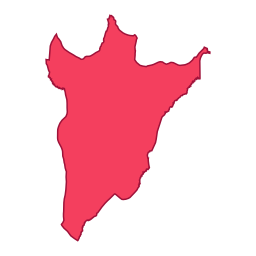 Nong Ki, Buri Ram, Thailand
{"feature_id": "78962969B963450613013", "entity_name": "Nong Ki", "entity_type": "district", "adm_level": 2, "iso_a3": "THA", "parent_name": "Thailand", "parent_adm1": "Buri Ram", "projection": "equal_earth", "projection_center": [102.596, 14.712], "detail": "fine", "context": "isolated", "style": "filled", "palette": "rose", "viewbox_px": 256, "rotation_deg": 0, "n_neighbors": 0, "source": "geoboundaries", "source_scale": "gbopen_adm2", "svg_char_len": 5588}
<svg xmlns="http://www.w3.org/2000/svg" viewBox="0 0 256 256"><path d="M56.4,34.2L54.7,36.4L53.6,38.7L51.5,42.5L50.3,46.0L49.2,59.9L48.7,59.7L47.3,59.8L46.1,59.5L46.3,63.7L47.3,65.3L48.6,70.3L49.1,71.4L49.6,72.0L49.1,74.7L48.4,76.0L48.5,76.9L49.1,76.9L49.4,77.5L49.9,77.4L50.2,77.6L50.1,78.3L50.6,78.8L50.6,79.5L51.2,79.3L51.0,79.9L51.3,80.0L51.5,80.6L52.0,80.9L51.9,81.4L52.0,81.6L52.6,81.8L52.6,83.3L52.8,83.4L53.0,83.1L53.3,84.5L53.5,84.6L53.5,84.1L53.7,83.9L53.9,84.3L54.4,84.4L54.2,84.9L54.8,85.4L55.5,86.5L56.3,86.9L57.0,86.4L57.5,86.4L57.6,86.5L57.5,87.3L57.6,87.5L58.3,87.7L58.7,88.1L59.5,87.6L59.6,87.8L59.5,88.3L60.1,88.2L60.4,88.7L61.8,88.5L62.1,88.6L62.2,89.4L62.4,89.3L62.3,88.8L62.7,88.7L62.9,88.1L63.9,88.4L64.1,89.2L64.5,88.9L64.6,89.1L64.5,89.5L65.2,92.0L65.6,94.7L66.9,99.8L67.1,103.2L67.1,107.8L67.3,111.9L67.0,113.9L65.9,116.6L62.0,120.3L60.1,123.0L59.4,124.5L58.4,127.1L57.8,129.3L57.7,130.8L57.6,138.1L57.8,139.9L58.7,142.4L61.4,147.5L62.3,150.0L62.6,151.6L62.8,156.1L63.7,159.1L64.2,162.6L64.7,164.3L65.2,167.9L66.0,170.6L66.4,171.5L66.1,177.0L66.4,181.8L65.9,189.6L65.2,195.0L64.3,198.9L63.9,202.6L63.7,211.3L63.5,213.7L63.5,216.5L63.9,220.3L62.8,222.7L61.4,224.4L61.9,225.5L64.0,228.2L67.5,231.3L70.8,235.8L74.4,238.5L77.7,240.6L77.9,240.3L78.3,239.9L78.5,239.2L79.2,237.9L79.4,236.7L80.1,236.2L80.1,235.7L80.6,235.0L80.6,234.5L81.0,234.3L80.9,233.8L81.1,232.8L81.1,232.5L81.4,232.3L81.3,231.9L82.6,230.8L82.4,230.3L82.5,229.8L82.3,228.7L82.4,228.4L82.3,227.6L82.6,226.5L83.0,226.6L82.9,226.0L83.3,225.4L84.0,225.2L84.5,222.7L85.0,222.7L85.1,221.9L86.6,220.4L86.9,220.4L87.3,220.1L88.0,220.5L88.5,220.1L88.8,220.4L89.6,220.0L89.9,220.0L90.3,219.2L91.4,219.0L92.2,218.0L92.4,217.8L92.6,217.9L94.3,216.4L94.7,216.4L96.4,215.6L96.7,214.6L96.7,213.3L97.7,212.8L101.8,207.1L104.8,203.5L107.6,200.6L109.6,198.8L114.1,194.3L114.9,193.9L116.0,194.6L120.4,198.3L121.8,199.3L123.2,199.5L125.8,199.2L128.5,198.3L130.0,197.4L134.5,192.7L136.9,190.0L138.2,187.5L139.0,186.7L139.1,186.2L138.9,185.9L139.0,185.6L138.8,185.2L139.2,185.1L139.5,184.6L139.2,184.1L139.7,184.0L139.9,183.6L139.8,183.4L140.0,183.2L139.5,182.7L139.7,182.1L139.8,182.0L139.8,181.5L139.7,181.1L139.8,180.2L139.5,180.0L139.8,179.5L140.3,177.6L140.7,177.6L140.9,176.5L141.3,176.2L141.3,175.8L141.8,176.0L141.9,175.0L142.2,174.9L142.5,174.1L143.1,174.1L143.3,173.8L143.4,173.0L143.2,172.5L143.8,172.7L144.2,172.4L144.2,171.7L144.7,171.8L145.3,171.4L145.5,171.1L146.3,171.0L146.4,170.6L146.1,170.2L146.6,169.7L146.5,169.3L147.0,169.0L148.0,169.5L148.3,169.2L148.6,168.3L149.0,168.3L149.3,167.5L149.4,167.3L149.2,167.0L148.7,164.4L148.3,161.1L148.2,159.0L148.4,158.1L147.8,158.0L147.3,155.1L148.1,152.7L148.4,152.2L149.7,151.7L149.7,151.0L151.8,150.7L155.5,142.6L156.2,139.2L157.3,131.5L161.9,117.3L162.1,117.1L162.3,116.7L164.6,114.7L164.7,114.2L165.4,113.3L165.1,112.1L165.6,112.0L165.9,112.3L166.4,112.2L166.7,111.8L167.1,111.9L168.1,111.2L168.6,111.1L168.8,110.4L168.9,109.7L169.3,109.3L169.4,108.2L170.4,106.8L171.2,106.7L171.6,107.1L172.2,106.8L172.1,106.4L172.5,106.3L172.9,105.4L172.9,104.9L173.4,104.3L173.5,103.8L173.2,103.2L173.8,103.2L173.8,102.8L174.1,102.7L174.1,101.9L174.6,101.2L174.6,100.9L175.7,100.3L176.4,100.5L176.8,100.3L177.1,100.0L177.0,99.5L177.4,99.3L177.7,98.9L178.2,98.7L178.5,98.1L180.2,97.0L180.4,96.3L181.3,95.6L182.2,95.6L182.6,94.9L183.0,94.8L183.0,94.6L184.6,94.2L185.2,93.8L186.0,94.0L186.1,93.5L186.7,93.2L187.0,92.9L187.0,92.2L187.0,91.2L187.4,90.2L187.5,89.3L187.3,88.8L187.7,88.6L187.7,88.3L188.4,87.5L188.9,87.4L189.0,86.9L189.3,86.8L189.4,87.2L189.6,87.2L189.8,86.7L189.7,86.2L190.0,86.2L190.1,85.9L190.5,86.0L190.3,85.4L190.9,85.0L191.1,84.1L191.4,84.1L191.5,83.7L191.9,83.6L191.9,83.2L192.3,82.8L192.4,82.4L192.5,82.2L192.4,81.8L193.0,81.0L194.0,81.1L194.0,81.6L194.5,80.9L194.9,80.8L194.8,79.6L195.2,79.4L195.3,79.1L195.9,78.6L196.3,79.0L196.4,78.4L196.6,78.6L196.7,78.3L197.1,78.1L197.3,78.4L197.5,77.8L197.8,78.2L198.0,78.1L198.1,77.7L198.5,78.1L198.6,78.4L198.9,78.5L199.0,78.9L199.5,78.7L199.9,78.8L200.0,78.5L199.8,60.8L200.3,58.5L201.0,56.7L202.3,54.3L203.4,53.3L203.9,53.1L206.1,53.2L207.3,52.7L209.8,53.3L209.9,52.0L207.4,51.2L207.4,49.6L207.0,49.4L207.2,48.5L204.3,47.2L203.7,48.6L199.1,53.2L196.4,57.2L195.4,57.1L194.3,57.4L192.5,60.1L189.4,62.9L186.9,64.1L185.0,64.8L179.9,65.4L178.1,65.0L173.4,62.7L171.4,62.4L170.8,62.4L168.8,63.4L166.3,64.2L164.4,63.3L162.5,62.0L160.2,61.7L158.4,62.2L153.7,64.4L151.5,65.1L147.6,65.9L146.3,66.6L142.8,66.1L139.9,65.3L136.6,62.5L134.7,59.7L135.1,55.2L135.1,53.3L135.4,50.7L135.2,50.5L134.9,47.0L136.2,41.1L136.4,39.7L137.1,38.1L135.9,35.9L135.1,35.0L134.7,34.8L133.3,35.8L130.0,35.5L127.8,35.0L125.1,34.0L123.0,32.9L119.9,30.5L119.2,29.8L118.4,28.6L118.0,27.8L117.8,26.9L117.3,26.2L116.2,25.1L115.6,24.3L115.5,23.0L115.7,21.6L115.6,20.9L115.3,20.4L114.0,19.7L113.7,17.9L113.5,17.4L112.9,16.8L112.3,16.8L112.2,16.3L111.5,15.6L110.7,15.7L109.9,15.4L109.6,17.3L109.3,17.3L109.1,18.7L107.5,19.2L108.1,20.9L108.8,23.9L108.3,24.2L108.4,26.7L107.7,27.9L107.4,29.3L106.6,31.3L106.1,31.3L105.4,33.4L104.6,36.6L104.0,38.1L103.7,38.5L103.7,39.6L103.5,40.1L103.9,40.8L103.8,41.6L103.4,42.4L102.8,42.9L102.2,43.0L101.9,43.5L101.9,43.9L101.4,44.7L101.3,45.4L101.0,46.2L100.5,46.6L100.2,47.5L100.2,47.9L99.8,48.3L99.9,48.6L99.8,49.9L99.5,50.4L98.9,51.1L95.9,52.6L93.1,54.5L90.5,56.0L89.1,56.3L86.3,56.4L85.1,56.9L83.5,58.8L82.5,59.2L81.8,59.3L80.6,59.1L79.7,58.3L76.0,56.6L73.7,55.1L69.2,52.5L65.0,49.6L63.7,48.3L62.0,45.6L60.7,41.7L58.6,38.7L57.6,37.7L56.9,35.9L56.4,34.2Z" fill="#f43f5e" stroke="#9f1239" stroke-width="1.5"/></svg>